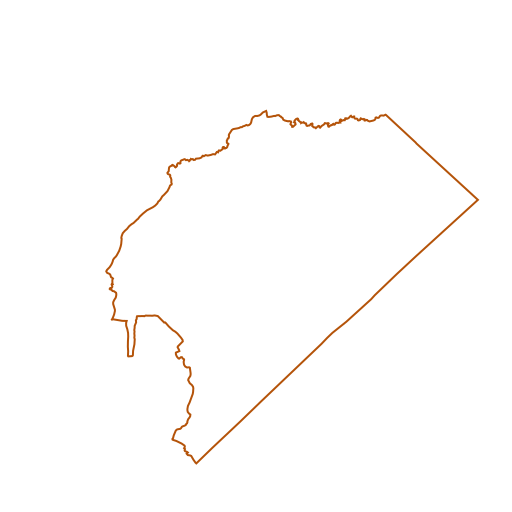 the district of Phalombe, Phalombe, Malawi, rotated 43°
{"feature_id": "42251766B10434937590290", "entity_name": "Phalombe", "entity_type": "district", "adm_level": 2, "iso_a3": "MWI", "parent_name": "Malawi", "parent_adm1": "Phalombe", "projection": "robinson", "projection_center": [35.613, -15.69], "detail": "fine", "context": "isolated", "style": "outline", "palette": "amber", "viewbox_px": 512, "rotation_deg": 43, "n_neighbors": 0, "source": "geoboundaries", "source_scale": "gbopen_adm2", "svg_char_len": 6103}
<svg xmlns="http://www.w3.org/2000/svg" viewBox="0 0 512 512"><g transform="rotate(43 256 256)"><path d="M353.8,448.4L354.9,426.2L357.4,387.8L358.9,358.8L363.8,275.7L363.9,267.3L364.3,260.1L366.9,242.5L369.7,209.0L369.6,203.7L371.3,172.9L373.2,146.6L380.0,63.6L296.6,64.3L295.3,64.1L255.0,64.2L254.4,64.3L253.6,66.3L252.5,67.1L251.5,68.1L251.2,68.8L251.5,71.0L251.2,71.6L250.7,72.1L249.4,72.6L249.1,73.3L249.8,74.3L250.0,75.1L249.9,75.8L249.3,77.1L247.2,80.2L245.2,80.9L244.6,80.7L244.0,81.1L243.5,82.4L243.0,82.9L242.4,82.7L242.1,82.0L241.4,82.2L241.1,82.8L240.6,83.3L238.7,83.9L238.8,84.6L239.3,85.0L239.3,85.7L238.6,86.9L237.9,87.2L236.7,86.6L236.0,86.8L235.0,87.8L234.4,88.1L233.7,87.9L232.7,87.0L232.2,87.5L231.8,88.9L231.1,89.0L229.8,88.7L229.6,89.5L229.7,91.6L229.3,93.0L228.9,93.7L228.3,93.6L227.7,94.0L227.4,94.6L228.0,95.0L228.3,96.2L227.2,97.0L227.1,97.7L226.7,98.2L226.5,98.9L225.4,98.2L224.7,98.5L224.6,99.2L224.9,99.9L225.3,100.4L226.6,101.0L225.7,102.0L225.4,102.7L224.8,102.9L224.4,103.5L223.8,103.8L223.6,104.5L224.0,105.9L223.7,106.6L223.1,106.8L222.5,106.6L222.2,107.3L222.5,107.9L221.6,109.1L221.7,109.8L221.2,110.3L221.0,111.0L221.2,111.7L220.8,112.0L220.2,111.8L219.0,111.0L218.7,109.5L218.1,109.6L216.9,111.3L216.2,111.5L215.7,111.9L216.0,113.4L215.3,116.2L215.4,118.4L214.8,118.6L213.6,117.9L213.0,118.2L212.8,118.9L212.6,121.7L211.3,121.7L210.9,122.3L210.3,122.6L209.7,122.5L208.4,122.6L208.0,121.9L207.4,121.7L207.3,120.9L206.7,120.8L206.0,122.1L206.2,123.5L206.0,124.2L205.1,125.2L204.8,125.9L204.2,126.2L203.0,125.7L202.6,125.1L202.0,124.9L200.9,125.8L199.6,125.6L199.5,126.3L198.5,127.3L198.3,128.0L197.7,127.5L197.2,127.9L196.5,127.8L195.2,128.0L194.7,127.7L194.0,127.9L193.7,127.3L193.1,127.0L192.5,127.2L191.9,128.5L191.9,130.7L192.2,131.3L192.9,131.5L192.8,132.2L194.2,132.0L195.2,132.8L194.9,136.4L194.4,136.9L193.3,136.1L191.9,136.2L191.3,136.1L190.4,134.1L189.8,133.8L188.1,134.8L187.8,135.5L187.2,135.9L186.6,136.1L186.1,136.6L185.5,136.7L184.9,137.2L183.0,137.7L181.2,136.9L179.9,137.3L179.4,137.0L178.0,137.4L176.6,137.4L175.4,138.7L174.5,140.7L173.9,141.0L173.5,141.5L172.3,143.4L170.5,145.6L169.4,146.4L167.6,145.3L166.1,143.9L164.5,143.0L163.1,146.4L163.0,149.5L162.6,150.9L161.4,152.8L160.3,153.7L159.7,154.5L159.2,156.7L159.7,158.8L161.5,161.9L161.8,163.4L161.6,164.9L160.9,166.2L159.6,166.7L158.9,168.7L158.1,169.9L157.8,171.4L156.8,172.4L156.4,173.7L155.6,175.0L153.1,178.3L152.7,179.0L152.4,180.3L153.3,185.4L153.7,186.2L154.3,186.5L155.4,188.0L155.6,188.7L155.2,189.3L155.8,190.6L155.8,191.3L157.3,192.9L157.9,193.1L159.2,192.7L159.6,193.2L159.9,194.6L160.6,195.9L160.7,196.6L160.6,197.3L160.1,197.8L160.0,198.6L159.3,198.8L158.8,198.3L158.1,198.2L157.6,198.8L157.7,199.5L158.7,200.6L158.1,203.4L156.9,204.0L156.9,204.7L157.6,206.0L156.4,206.7L156.8,209.6L155.1,210.8L154.1,212.8L152.2,215.5L150.4,216.5L149.8,218.6L149.1,218.7L148.6,219.1L148.9,221.2L148.0,223.2L145.7,225.8L145.8,227.2L145.0,228.3L144.3,228.4L143.7,228.2L142.8,229.2L142.2,229.4L142.5,230.1L142.1,231.0L142.5,231.5L142.4,232.2L142.1,232.1L140.2,232.5L139.4,233.7L138.1,233.7L137.5,234.1L137.3,234.8L136.3,236.7L136.1,237.4L136.2,238.1L136.5,238.7L137.5,239.7L137.3,240.4L136.0,240.9L135.6,241.5L135.8,242.2L135.8,242.9L136.8,243.9L136.9,245.2L136.7,246.1L136.1,246.2L135.5,245.9L132.9,246.2L132.6,246.8L132.9,247.4L132.5,247.9L132.0,249.5L132.0,250.2L132.3,250.9L134.3,253.5L134.5,255.6L135.1,256.0L135.8,256.1L137.6,255.3L138.3,255.5L139.1,256.6L140.4,256.9L142.1,257.9L143.9,260.0L145.1,260.6L145.5,261.3L145.1,262.7L145.2,263.4L145.8,264.7L147.0,268.9L147.0,274.1L146.8,276.3L147.6,279.9L147.6,282.1L147.4,282.8L148.0,284.9L147.9,287.9L147.3,290.7L145.1,296.9L144.4,302.0L144.1,306.5L144.4,309.4L144.2,310.1L143.9,315.5L143.3,317.6L142.9,320.6L143.2,324.2L142.9,327.1L143.0,330.2L144.1,332.9L145.2,334.7L146.0,335.0L149.2,339.1L150.6,341.5L152.4,345.5L153.7,350.5L153.9,352.0L153.8,354.3L154.0,355.8L154.2,356.5L154.9,357.7L155.7,359.7L156.1,361.1L156.6,364.0L156.5,367.7L156.9,369.3L158.2,369.8L158.8,369.8L160.7,369.1L162.0,369.0L164.4,370.3L165.0,370.3L165.6,370.0L166.8,370.0L167.2,371.4L169.6,373.9L170.2,374.2L169.6,374.6L169.8,375.3L171.6,376.2L172.0,376.7L172.1,377.5L171.9,378.2L171.4,378.6L171.2,379.3L171.5,379.9L172.2,379.9L173.2,379.1L173.7,379.4L175.0,379.4L176.2,378.6L178.1,378.4L178.7,378.3L179.8,379.1L180.7,380.2L181.8,382.1L182.3,384.9L183.0,387.0L183.4,387.6L184.4,388.6L189.3,391.4L190.3,392.4L192.1,395.5L193.2,398.2L193.9,400.3L193.9,401.6L194.2,400.3L194.7,399.7L202.3,394.7L205.7,391.7L206.7,393.6L208.7,395.6L211.8,397.3L214.9,399.5L217.5,402.1L220.5,405.7L224.2,409.8L227.5,412.9L230.5,416.4L231.1,416.5L233.5,413.9L233.8,413.2L233.6,412.5L230.8,409.2L227.3,403.5L224.0,399.5L222.8,398.8L221.5,397.1L219.9,395.7L218.6,394.0L217.5,393.2L216.3,391.4L214.9,389.8L213.6,386.3L212.0,384.9L211.7,383.5L210.4,381.9L210.1,381.1L214.7,376.6L215.3,376.3L215.9,374.9L221.0,370.3L222.4,368.6L225.1,366.9L234.3,367.3L234.7,366.6L235.4,366.5L240.2,367.0L245.8,367.0L248.6,366.4L251.4,366.3L256.9,366.9L259.6,367.5L260.7,368.4L260.5,375.5L260.9,376.2L263.6,377.1L264.8,377.8L263.3,381.3L264.3,382.4L265.6,383.1L267.1,383.6L269.2,383.8L269.8,383.5L270.1,381.2L270.5,380.8L271.0,380.5L272.3,381.0L273.6,380.6L274.2,380.9L275.3,382.8L277.0,384.2L277.6,384.6L279.6,385.1L281.6,384.6L283.0,383.0L283.8,382.8L288.1,386.3L289.1,387.4L289.8,388.6L290.3,391.6L291.0,393.0L294.3,394.2L297.2,394.1L299.2,394.6L300.4,395.5L302.6,398.2L303.8,400.0L307.3,408.3L308.5,412.1L310.2,414.7L311.3,415.8L312.5,416.6L314.6,416.9L316.1,416.7L317.1,418.0L317.5,419.3L317.7,421.6L318.6,423.8L319.1,424.2L319.7,425.5L319.5,426.3L319.9,427.6L319.4,429.0L318.4,430.9L318.3,431.6L318.6,433.1L318.5,434.0L316.8,436.3L316.5,436.9L316.4,438.4L318.2,443.3L319.6,445.9L319.6,446.7L320.1,447.2L320.7,447.1L323.9,445.6L329.5,443.9L333.0,443.4L333.7,443.7L334.1,444.2L334.4,444.9L334.5,445.6L335.7,445.6L336.3,446.8L336.9,447.1L337.6,447.0L339.1,446.3L340.2,446.2L340.1,447.9L341.9,448.1L343.8,446.8L345.0,446.4L349.3,447.7L352.7,448.4L353.8,448.4Z" fill="none" stroke="#b45309" stroke-width="2"/></g></svg>